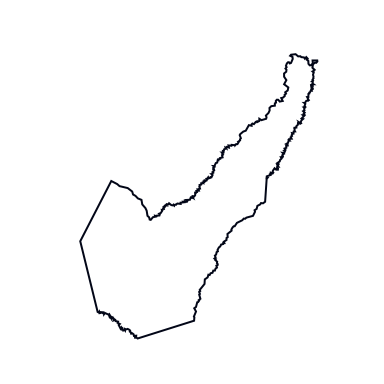 Tambopata, Madre de Dios, Peru (orthographic projection), rotated 100°
{"feature_id": "86281439B97572959999904", "entity_name": "Tambopata", "entity_type": "district", "adm_level": 2, "iso_a3": "PER", "parent_name": "Peru", "parent_adm1": "Madre de Dios", "projection": "orthographic", "projection_center": [-70.427, -12.188], "detail": "fine", "context": "isolated", "style": "outline", "palette": "ink", "viewbox_px": 384, "rotation_deg": 100, "n_neighbors": 0, "source": "geoboundaries", "source_scale": "gbopen_adm2", "svg_char_len": 5975}
<svg xmlns="http://www.w3.org/2000/svg" viewBox="0 0 384 384"><g transform="rotate(100 192 192)"><path d="M39.6,118.3L40.8,119.0L41.5,116.5L43.5,115.9L47.7,116.9L48.4,118.0L47.4,119.0L47.5,119.9L48.9,120.9L51.5,121.4L52.6,120.5L54.2,121.4L55.2,120.2L57.2,120.1L59.3,121.9L62.5,121.3L65.4,118.5L69.9,120.0L72.3,115.3L75.4,115.4L77.6,117.5L78.8,116.5L80.2,117.7L81.3,117.3L83.2,118.7L84.0,120.4L86.6,118.5L87.7,121.3L86.2,123.1L86.4,124.5L87.8,125.3L89.4,124.8L90.3,125.8L92.6,125.4L93.7,128.8L95.8,130.3L98.2,129.7L100.9,130.4L103.9,132.5L105.4,131.6L107.0,131.7L109.2,136.1L108.2,138.4L110.4,138.1L111.8,139.9L111.1,140.3L111.9,141.4L114.4,142.8L114.1,144.4L115.1,145.1L116.4,144.8L116.3,147.6L122.3,149.7L123.6,152.0L126.7,154.6L127.7,154.9L130.6,153.2L131.8,153.9L132.8,153.6L134.4,155.2L134.7,154.7L137.0,155.6L137.2,156.8L138.3,157.5L137.9,157.6L138.5,158.3L138.7,161.2L139.6,161.2L139.8,164.2L141.8,163.4L141.5,165.6L142.3,166.3L143.0,165.9L142.7,166.6L143.4,166.3L144.4,167.8L145.9,167.8L146.1,168.6L147.5,167.9L147.8,169.1L148.2,168.2L149.3,168.9L149.9,168.0L150.9,168.7L152.6,167.9L153.7,170.3L154.4,170.0L155.1,171.4L155.9,171.4L155.7,172.2L158.7,172.3L159.4,173.6L162.6,174.4L162.7,175.2L163.3,174.2L164.2,175.3L165.6,175.1L165.4,174.5L166.7,173.9L167.3,174.5L169.1,174.4L169.0,175.2L170.8,175.1L171.0,175.9L171.8,174.7L174.2,175.4L174.1,176.4L175.0,176.8L175.3,178.2L174.7,178.6L175.6,179.0L175.8,178.4L176.4,179.9L177.7,178.6L177.2,179.8L178.2,179.8L178.3,181.4L179.0,181.1L179.3,182.2L180.2,181.7L180.6,182.6L181.2,182.4L180.9,183.4L182.1,183.8L182.0,184.4L183.1,184.3L183.8,185.8L185.6,185.3L185.6,184.5L185.9,185.5L187.3,184.7L188.0,186.1L189.1,185.6L188.8,186.9L189.8,186.5L190.2,187.8L191.2,187.2L191.5,188.0L192.0,188.1L191.7,187.5L192.2,187.9L192.2,188.8L194.5,188.3L195.8,188.9L195.9,190.0L196.4,189.6L196.9,190.4L197.5,190.0L197.0,191.1L197.8,191.2L197.6,192.3L200.0,192.7L200.7,195.6L201.0,194.7L202.6,195.4L202.3,197.6L203.0,197.5L203.1,198.5L203.5,198.0L204.5,201.4L205.7,201.1L205.9,204.4L206.8,205.2L206.2,205.6L207.2,205.5L207.7,207.0L208.4,207.1L207.7,208.0L208.5,208.4L208.5,210.1L207.1,212.6L208.3,213.0L208.3,214.8L209.5,215.6L209.8,215.1L210.0,216.3L211.0,216.9L211.1,216.1L211.7,216.3L211.9,217.4L213.4,216.8L213.4,217.6L214.9,217.9L214.9,218.6L216.0,218.2L218.1,219.1L219.0,220.5L219.4,219.8L220.8,220.0L221.3,222.3L222.0,222.6L221.5,223.7L222.0,223.3L223.0,223.7L221.9,223.7L221.8,224.4L222.8,224.1L223.6,226.1L226.6,227.8L226.5,228.9L224.4,229.8L223.2,231.7L218.3,233.4L215.9,235.1L212.9,238.8L208.5,240.4L207.7,244.2L205.6,247.0L204.7,249.6L201.9,251.0L199.3,256.0L198.8,264.4L197.2,267.0L195.2,273.4L259.9,293.5L326.5,264.1L326.8,262.9L326.1,262.6L327.4,262.1L327.1,261.3L326.2,261.8L325.9,258.6L327.6,259.1L326.4,258.4L327.1,257.7L326.2,257.5L327.5,257.3L326.3,256.6L327.3,252.7L326.7,252.3L327.8,251.3L328.4,252.0L329.8,251.2L329.2,250.0L330.1,249.8L329.4,248.8L330.3,248.7L329.4,248.2L330.7,246.6L332.1,246.9L331.3,245.3L332.4,244.7L332.5,242.3L333.8,242.5L334.5,240.2L335.7,241.1L339.0,238.6L337.8,238.1L339.3,237.2L338.5,236.7L340.4,235.7L339.8,234.5L339.0,234.9L339.8,234.0L338.5,234.2L338.8,233.1L338.0,231.6L338.7,229.5L339.4,228.8L340.3,229.0L341.4,226.8L341.7,227.5L342.1,227.3L341.6,226.1L342.3,224.8L343.8,224.2L343.2,222.0L344.6,221.9L344.9,222.9L345.4,222.7L345.0,221.5L345.7,220.1L318.4,167.6L315.0,167.9L314.4,168.5L309.0,167.3L306.1,169.6L304.5,168.1L299.7,167.7L299.4,166.9L297.7,166.1L297.3,166.6L295.7,165.2L291.8,167.1L291.0,166.5L289.2,167.6L288.1,166.7L287.1,167.4L280.4,163.7L275.8,164.2L273.4,161.8L270.6,161.5L270.7,160.2L268.8,159.6L268.0,157.8L265.7,157.4L265.4,155.8L263.3,155.5L262.1,154.3L260.3,155.2L259.6,154.1L258.6,154.1L257.8,155.1L256.3,155.1L254.9,157.3L254.0,156.9L253.6,158.3L252.3,157.4L250.7,158.4L249.4,157.4L246.9,157.3L245.9,156.2L244.7,156.8L241.9,155.9L240.8,154.8L238.7,154.2L237.8,152.2L236.7,152.4L236.6,151.3L235.4,152.0L233.3,149.7L231.3,150.0L230.3,149.0L227.2,149.8L223.2,146.3L222.1,146.7L219.9,145.9L218.5,145.0L218.3,144.0L214.6,142.4L211.1,137.6L209.2,136.4L209.1,135.0L207.8,134.0L204.9,127.8L200.5,126.5L199.1,127.2L197.4,125.4L194.3,125.2L192.4,122.7L190.9,122.1L190.8,120.1L188.9,118.3L165.7,120.8L165.6,120.4L165.2,120.2L165.4,121.0L163.6,121.1L161.4,117.3L160.8,117.4L161.4,119.0L160.5,117.9L159.3,117.9L159.8,115.8L158.8,115.3L158.1,116.1L156.9,116.0L154.3,114.8L155.4,113.0L155.1,111.3L154.0,111.4L154.1,112.6L152.0,112.2L151.3,113.2L151.6,111.6L150.2,112.8L150.2,111.8L149.5,111.5L148.6,112.9L146.6,110.9L145.3,110.9L143.5,109.6L142.3,110.5L142.0,108.9L141.2,108.7L140.4,110.2L140.6,108.9L139.4,109.3L138.5,108.2L137.7,109.4L137.6,108.0L135.7,107.5L135.3,108.5L134.5,107.7L134.9,106.7L133.1,108.4L132.1,106.8L130.1,107.3L129.6,105.8L128.6,106.2L128.3,107.5L127.0,106.0L124.7,105.8L124.5,104.9L123.2,106.6L123.5,105.0L122.5,104.6L122.2,103.2L120.9,104.3L119.5,103.2L118.8,103.8L117.6,103.2L116.7,103.7L116.8,102.2L114.9,102.4L114.5,101.0L113.5,101.8L111.4,101.9L111.2,103.1L110.4,100.4L109.2,100.7L107.3,99.4L105.8,99.6L105.6,98.2L104.6,99.0L105.1,97.6L105.9,97.2L105.3,96.5L104.7,97.1L102.5,96.7L100.8,95.3L100.5,96.8L97.7,94.9L97.0,96.2L96.4,94.6L95.3,95.6L94.3,94.8L93.1,96.6L92.1,95.4L90.8,96.0L89.7,95.6L89.1,96.7L88.4,95.3L87.7,96.1L85.5,95.7L84.8,96.9L84.7,96.3L82.4,95.3L81.9,93.6L81.1,93.8L81.0,93.2L78.5,95.1L78.2,93.9L75.2,94.4L74.7,93.6L73.8,93.8L73.5,93.2L71.7,92.7L71.5,91.7L70.7,92.2L70.0,91.3L69.6,91.8L68.4,90.5L69.1,92.2L67.9,92.0L67.9,92.7L65.9,93.4L65.4,92.8L65.8,91.7L64.8,92.0L64.7,91.2L64.3,92.0L62.2,92.2L62.2,93.0L61.0,92.2L60.5,92.8L59.0,92.2L58.7,93.0L58.7,92.4L57.1,92.4L55.6,93.2L53.3,92.9L52.6,93.9L52.4,93.1L51.3,93.5L50.4,92.5L48.7,95.0L45.2,95.0L43.3,93.4L43.2,92.1L41.7,91.2L40.7,91.5L41.5,96.1L44.3,95.4L46.5,96.8L46.8,98.1L45.5,99.6L42.7,100.2L41.9,101.7L41.2,101.4L40.9,102.1L40.4,101.5L39.3,102.9L41.1,104.0L40.0,105.1L40.2,107.8L39.5,108.8L40.0,111.0L38.3,113.9L39.6,118.3Z" fill="none" stroke="#020617" stroke-width="2"/></g></svg>